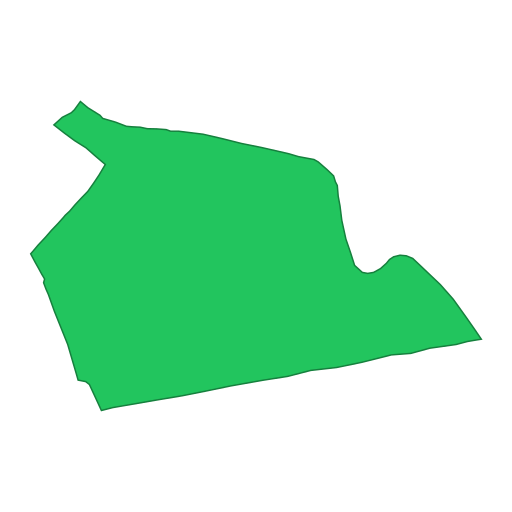 outline of Abu Al-Khaseeb, Al-Basrah, Iraq
{"feature_id": "34846034B47596068894282", "entity_name": "Abu Al-Khaseeb", "entity_type": "district", "adm_level": 2, "iso_a3": "IRQ", "parent_name": "Iraq", "parent_adm1": "Al-Basrah", "projection": "robinson", "projection_center": [48.016, 30.336], "detail": "fine", "context": "isolated", "style": "filled", "palette": "green", "viewbox_px": 512, "rotation_deg": 0, "n_neighbors": 0, "source": "geoboundaries", "source_scale": "gbopen_adm2", "svg_char_len": 1352}
<svg xmlns="http://www.w3.org/2000/svg" viewBox="0 0 512 512"><path d="M314.0,159.5L298.4,156.6L289.0,153.8L261.5,147.5L241.6,143.5L224.1,139.1L222.1,138.6L203.0,134.2L178.5,131.2L170.6,131.2L166.2,129.6L156.7,128.9L147.3,128.7L140.2,127.2L132.2,126.8L126.4,126.3L115.7,122.2L102.7,118.4L100.0,115.3L87.8,107.7L80.4,101.5L74.4,109.8L71.2,112.8L62.3,117.3L55.1,123.8L53.9,124.9L64.5,133.2L74.7,140.7L86.0,147.8L94.5,155.3L105.3,164.5L99.0,175.1L93.8,182.9L87.8,191.4L81.5,197.9L75.3,204.5L69.7,211.1L65.2,215.3L63.2,217.7L58.0,223.5L51.4,230.4L45.5,237.2L38.1,245.1L32.3,252.0L30.7,253.8L34.9,261.8L38.5,268.2L41.8,274.3L43.2,276.6L44.6,279.0L43.6,282.7L46.0,289.1L48.4,294.5L54.4,311.3L67.7,344.4L76.2,373.4L78.1,380.1L85.7,381.6L89.4,384.5L96.3,399.4L101.4,410.5L112.7,407.6L156.1,400.1L182.5,395.7L205.2,391.2L230.3,386.0L263.7,380.1L287.6,376.4L310.8,370.4L336.6,367.5L361.8,362.3L391.3,354.9L410.8,353.4L429.7,348.2L456.1,344.5L467.4,341.5L476.2,340.0L481.3,339.2L474.5,329.2L465.9,316.9L453.2,299.2L440.4,284.7L421.8,267.0L412.7,258.4L406.3,255.8L400.0,255.2L393.6,256.8L389.5,259.5L386.4,263.3L380.5,268.6L373.6,272.4L367.7,273.4L362.3,272.4L354.6,265.4L350.5,252.5L345.9,239.1L341.8,220.4L340.0,205.9L338.2,196.2L337.3,185.5L335.4,181.8L333.6,175.9L326.8,169.4L318.2,161.9L314.0,159.5Z" fill="#22c55e" stroke="#15803d" stroke-width="1.5"/></svg>